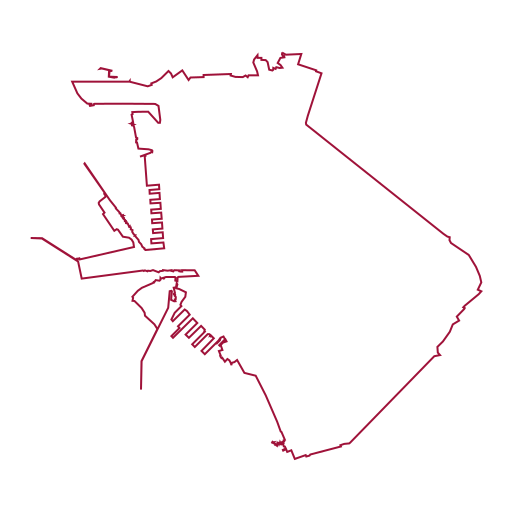 NCR, City of Manila, First District, Manila, Philippines (Albers equal-area conic projection)
{"feature_id": "2640588B65314213268917", "entity_name": "NCR, City of Manila, First District", "entity_type": "district", "adm_level": 2, "iso_a3": "PHL", "parent_name": "Philippines", "parent_adm1": "Manila", "projection": "albers", "projection_center": [120.961, 14.599], "detail": "fine", "context": "isolated", "style": "outline", "palette": "rose", "viewbox_px": 512, "rotation_deg": 0, "n_neighbors": 0, "source": "geoboundaries", "source_scale": "gbopen_adm2", "svg_char_len": 6015}
<svg xmlns="http://www.w3.org/2000/svg" viewBox="0 0 512 512"><path d="M316.2,70.3L298.1,64.3L301.3,54.0L285.9,54.7L283.0,53.1L282.7,53.9L282.1,53.6L282.0,54.5L283.0,56.0L284.1,56.1L284.4,57.3L280.4,57.9L277.7,63.0L280.5,65.0L282.4,67.7L279.7,68.0L276.3,67.2L275.6,68.9L273.3,67.9L273.2,69.8L272.4,70.5L269.2,69.7L267.6,62.1L265.7,60.1L261.4,59.9L261.4,57.9L257.6,57.9L257.5,55.2L254.1,59.5L253.3,62.5L257.1,71.4L258.0,75.3L248.6,75.3L247.7,77.2L245.6,75.5L242.8,77.1L235.4,76.9L230.6,75.5L230.9,74.0L203.6,75.0L203.6,77.1L190.5,77.5L188.6,80.0L182.3,70.4L172.7,77.3L171.0,73.5L168.5,71.0L161.3,78.1L156.2,81.5L151.3,83.4L151.7,84.9L147.7,86.3L129.7,81.7L129.7,81.0L129.2,81.7L72.2,81.7L77.4,93.4L81.4,98.6L87.3,103.6L92.3,103.8L89.5,104.6L90.0,105.9L93.8,105.2L94.1,103.9L94.7,103.8L123.0,103.7L153.8,103.9L155.3,104.0L158.5,105.9L160.3,119.9L159.9,122.8L158.2,122.8L148.2,111.7L138.2,111.8L132.3,112.1L132.6,114.1L131.6,114.7L133.0,121.6L132.5,122.1L133.1,122.2L133.2,123.2L131.1,123.7L133.5,124.5L131.2,125.2L133.6,125.7L134.1,127.0L136.0,137.3L137.3,138.1L137.2,139.3L136.2,139.5L136.1,142.4L137.0,142.5L138.4,148.6L148.5,149.3L151.9,150.2L152.4,150.9L152.2,152.2L151.3,151.9L150.5,152.8L140.0,156.6L145.4,155.0L145.5,155.8L144.7,156.0L146.9,185.7L159.0,184.7L159.3,189.2L149.5,190.0L149.7,193.7L159.5,192.9L159.9,199.1L150.3,199.8L150.5,203.4L160.4,202.8L160.8,208.9L151.2,209.6L151.4,213.3L161.2,212.6L161.7,218.8L152.0,219.5L152.2,223.2L162.0,222.5L162.4,228.6L152.8,229.4L153.1,233.1L162.7,232.3L163.1,238.1L151.1,239.1L151.4,243.4L163.4,242.5L164.2,248.3L145.4,250.0L144.3,248.9L144.5,248.4L142.3,246.7L141.2,244.2L139.0,241.9L138.5,239.9L135.1,236.0L135.3,235.5L134.7,235.6L134.9,235.1L133.6,234.1L132.2,231.8L132.5,230.1L131.2,229.5L131.8,229.0L131.0,229.2L130.7,227.3L129.7,227.1L129.7,226.3L129.1,226.7L127.8,223.6L126.7,223.3L126.7,222.6L126.0,222.8L125.9,221.0L124.9,221.1L125.0,219.9L124.2,219.5L124.0,218.3L123.3,218.6L122.8,217.9L123.2,217.5L122.0,216.6L122.9,216.0L122.1,216.0L122.5,215.2L121.3,215.5L120.4,213.3L119.6,213.4L119.3,212.1L115.8,208.4L116.0,207.8L109.9,200.2L84.7,163.4L84.4,163.8L104.4,192.4L104.2,193.8L105.4,195.5L105.3,197.0L99.6,201.4L98.7,202.9L99.0,204.4L104.5,212.6L103.0,214.1L114.3,230.8L116.7,229.2L118.0,229.7L122.9,236.7L129.0,237.7L131.6,239.6L133.3,242.4L134.0,247.0L79.0,259.6L79.7,259.0L79.4,258.3L78.0,258.7L77.6,259.7L76.9,258.7L75.6,259.5L42.1,238.2L30.7,238.0L41.9,238.5L78.1,261.5L81.7,278.6L143.0,270.5L143.8,271.0L144.9,270.4L147.5,271.3L148.0,270.7L150.3,271.0L153.0,270.1L158.7,272.3L159.8,271.2L162.9,270.8L163.0,270.1L167.6,270.7L171.4,270.2L171.2,270.8L173.3,271.4L174.2,270.2L179.7,270.4L179.4,271.3L180.8,271.6L182.2,271.6L182.1,270.2L194.7,270.3L198.3,275.8L178.4,276.9L177.6,277.5L177.4,281.2L175.3,280.6L175.5,277.7L174.9,277.0L166.1,277.0L164.9,277.3L163.9,278.5L163.3,277.8L161.1,278.6L160.5,277.9L160.4,279.8L159.5,280.7L155.7,280.1L154.1,282.4L153.6,282.1L153.0,283.0L141.9,287.8L137.8,290.8L132.4,296.8L133.1,297.8L132.5,300.8L134.5,301.0L141.6,308.0L144.6,312.7L145.0,315.7L154.4,324.3L157.4,329.0L141.5,361.1L141.0,389.6L141.6,361.2L168.2,307.8L169.7,291.2L171.4,290.8L171.9,291.3L171.1,299.8L174.2,301.3L175.5,301.2L174.9,299.4L175.7,299.1L175.8,297.0L174.8,295.9L175.2,295.1L174.7,294.3L175.5,293.5L174.6,293.8L174.0,295.2L174.0,293.7L174.9,292.7L173.7,287.7L176.0,287.3L176.7,283.3L177.4,284.4L176.3,288.3L179.2,289.0L185.9,292.3L185.3,296.8L181.6,301.8L180.4,304.8L181.4,306.1L174.7,312.8L171.4,319.5L172.8,321.2L184.7,309.5L187.0,311.1L189.7,314.7L178.0,326.3L179.5,328.0L171.4,336.1L173.0,337.8L192.8,318.3L197.3,323.0L185.6,334.6L188.9,337.8L201.1,325.9L204.8,329.7L204.3,331.4L204.8,331.6L205.6,330.9L192.2,344.3L194.8,347.0L207.7,334.1L209.2,334.1L210.3,334.9L210.1,335.5L210.6,335.2L211.1,335.7L210.2,337.1L211.4,335.9L213.8,338.3L201.5,350.9L204.8,354.2L218.1,341.0L217.9,342.3L220.2,340.0L218.5,340.6L219.9,338.6L220.3,338.9L220.7,337.7L223.5,336.5L225.0,339.3L219.2,345.2L219.7,345.7L225.5,339.5L226.5,341.4L223.0,342.6L220.7,345.0L222.4,350.0L218.9,351.0L220.7,355.6L220.2,355.9L220.6,356.8L221.5,358.1L222.2,357.7L224.9,361.7L227.4,359.0L229.4,360.4L231.1,363.7L231.3,365.2L231.9,362.8L234.4,362.1L237.1,360.0L244.4,372.9L255.7,375.7L265.7,395.3L277.2,421.8L280.7,431.5L281.5,432.0L284.9,439.9L283.7,440.4L284.1,441.3L281.8,442.3L281.2,441.7L281.4,442.3L280.4,442.9L280.1,442.3L279.9,443.2L279.5,442.6L279.8,443.3L278.9,443.0L278.8,443.8L278.4,443.2L278.7,443.9L278.2,444.2L277.8,443.6L277.6,444.5L277.3,443.9L277.2,444.7L276.9,444.2L276.1,444.4L276.5,443.8L276.0,444.4L275.5,444.1L275.9,443.4L275.4,444.0L275.0,443.6L275.4,442.9L274.9,443.6L274.4,443.2L274.9,442.6L274.3,443.2L273.9,442.9L274.3,442.2L273.2,442.4L273.7,441.6L273.2,442.3L272.6,442.0L273.1,441.0L271.6,443.1L272.5,442.1L273.2,442.6L272.5,443.8L273.3,442.6L273.9,443.0L273.3,444.0L274.0,443.1L274.6,443.6L274.0,444.5L274.7,443.6L275.3,444.1L274.7,445.1L275.4,444.1L276.0,444.6L275.3,445.5L276.1,444.6L276.7,445.0L276.0,446.2L277.4,444.8L277.9,445.5L277.5,444.8L281.1,442.7L281.8,442.5L281.5,443.7L284.4,442.6L280.9,444.7L283.0,443.7L283.8,446.4L284.9,446.6L285.8,448.5L282.9,449.9L283.2,450.6L286.1,449.2L287.2,451.9L291.3,450.3L294.8,458.9L305.7,455.1L306.3,456.5L309.5,455.6L310.3,454.5L340.1,446.7L340.9,446.5L340.4,445.2L344.2,443.9L349.3,443.4L350.4,442.4L434.3,356.2L440.0,355.1L437.8,352.6L437.4,346.9L442.9,341.5L449.8,331.8L452.8,324.4L459.1,320.6L456.8,316.6L464.2,309.0L464.7,308.1L463.3,307.3L464.8,305.7L478.7,294.2L481.3,291.3L477.8,289.7L481.3,282.4L479.8,275.9L476.0,266.9L468.8,255.0L451.0,243.0L449.5,240.2L449.7,237.2L447.4,236.6L443.4,233.8L306.2,124.6L305.9,122.8L307.8,115.8L321.5,73.3L316.0,71.3L316.2,70.3ZM112.4,70.8L100.7,68.1L100.0,68.8L101.8,68.5L109.1,70.2L108.8,76.7L113.8,77.6L113.8,77.2L115.9,77.4L117.6,77.0L110.6,76.7L110.6,76.2L110.5,76.7L109.0,76.6L109.3,74.1L109.9,74.0L109.3,73.9L109.4,72.8L109.9,72.9L109.4,72.8L109.6,70.5L110.9,70.7L111.1,71.8L111.2,70.7L112.4,70.8Z" fill="none" stroke="#9f1239" stroke-width="2"/></svg>